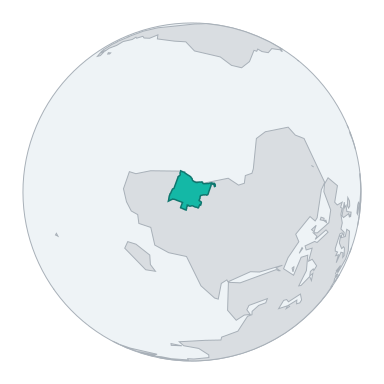 Angola on an orthographic globe, rotated 110°
{"feature_id": "AGO", "entity_name": "Angola", "entity_type": "country or territory", "adm_level": 0, "iso_a3": "AGO", "parent_name": "Africa", "parent_adm1": "", "projection": "orthographic", "projection_center": [17.424, -11.224], "detail": "fine", "context": "on_globe", "style": "filled", "palette": "teal", "viewbox_px": 384, "rotation_deg": 110, "n_neighbors": 0, "source": "natural_earth", "source_scale": "50m", "svg_char_len": 8764}
<svg xmlns="http://www.w3.org/2000/svg" viewBox="0 0 384 384"><g transform="rotate(110 192 192)"><circle cx="192" cy="192" r="169" fill="#eef3f6" stroke="#a8b0b8"/><path d="M96.1,52.9L95.3,53.5L92.8,55.3L88.9,58.1L96.1,52.9ZM78.9,66.4L77.4,67.9L76.0,69.2L78.9,66.4ZM26.7,157.2L27.0,155.6L26.4,159.2L28.9,155.2L28.2,157.6L30.0,166.1L35.0,168.0L36.1,174.3L35.2,179.1L37.6,179.3L37.7,182.2L49.8,182.6L58.3,187.9L59.5,198.2L55.4,211.6L58.6,237.9L53.0,249.2L56.2,259.9L60.0,276.9L56.0,277.8L62.0,284.4L63.7,289.7L62.5,291.4L66.4,296.6L65.7,297.6L69.1,300.3L74.2,308.2L80.0,312.9L85.3,319.1L89.1,321.7L88.8,322.0L90.1,323.6L92.3,325.3L88.7,323.9L80.6,317.6L76.7,313.7L76.2,313.7L67.2,303.8L68.9,306.2L57.4,292.6L49.4,280.3L33.1,246.7L30.8,240.8L28.9,236.3L26.0,223.3L24.0,210.1L23.1,196.9L23.3,183.6L24.4,170.3L26.7,157.2ZM96.9,327.3L90.0,324.8L92.9,325.7L89.7,322.3L95.2,324.8L96.9,327.3ZM89.7,318.3L89.1,316.0L90.4,316.6L91.2,318.4L89.7,318.3ZM236.7,29.1L243.7,31.2L246.8,32.4L247.9,32.8L246.0,31.9L239.4,29.8L250.7,33.6L261.7,38.1L272.4,43.4L282.7,49.4L292.5,56.1L301.8,63.6L310.5,71.6L318.7,80.2L326.3,89.4L333.1,99.1L339.3,109.3L344.8,119.9L349.5,130.8L353.4,142.0L356.5,153.5L358.8,165.2L358.9,165.9L358.3,162.1L355.0,149.5L357.1,160.8L359.7,173.5L360.7,186.4L359.8,180.6L358.5,169.2L357.3,164.4L355.7,154.3L351.1,138.1L350.1,139.0L348.3,133.1L341.8,119.5L339.3,120.6L336.7,132.2L339.3,147.2L337.1,152.8L326.8,128.7L321.2,114.2L318.2,114.5L307.1,101.3L289.8,97.3L286.8,93.7L283.6,94.7L275.7,90.5L270.9,84.8L266.4,84.7L279.1,99.7L283.9,100.2L287.1,95.4L289.8,100.8L297.4,106.6L291.0,118.1L264.4,126.9L260.9,115.7L236.1,86.3L236.4,83.4L236.2,83.1L235.9,82.5L234.5,87.2L229.9,82.0L244.1,101.2L246.9,109.8L264.1,127.5L262.7,129.2L267.9,133.2L283.7,130.7L283.9,134.5L277.1,151.5L254.5,175.1L257.0,193.2L254.6,208.8L239.4,218.6L239.7,231.2L231.8,235.3L230.6,242.6L223.6,250.2L212.4,257.5L194.3,257.8L194.0,251.0L186.2,238.2L175.7,208.2L181.1,194.5L179.8,184.2L166.7,162.7L169.6,150.6L165.9,145.8L158.3,147.5L153.9,142.1L149.3,142.3L119.7,149.8L110.3,143.7L98.2,123.8L103.2,114.4L103.4,105.0L137.6,70.6L145.7,71.2L173.5,65.6L177.1,66.4L174.7,72.7L196.2,80.1L202.2,74.6L220.9,79.3L232.8,79.7L235.5,68.1L216.0,67.1L211.8,61.6L226.8,57.6L243.7,59.6L242.6,57.6L231.2,52.5L234.4,49.5L227.2,50.6L230.6,52.6L226.2,53.6L222.8,51.8L224.1,50.7L218.8,49.6L214.1,56.0L217.1,58.8L203.7,59.9L207.4,64.9L204.0,67.3L196.5,59.8L196.7,57.2L183.2,50.4L181.8,53.1L194.4,60.0L190.8,59.5L188.9,64.1L187.5,60.2L174.1,52.9L161.5,55.5L146.6,68.2L139.0,70.2L132.1,69.0L136.3,57.5L152.8,54.4L154.5,51.1L150.2,47.4L155.6,47.1L155.8,45.4L162.0,44.5L169.7,40.2L175.8,39.4L177.8,35.2L181.2,34.4L179.0,37.0L180.8,38.7L195.8,38.1L198.5,37.2L198.6,34.7L202.7,35.2L200.9,32.9L209.1,32.3L197.6,31.4L197.5,29.3L201.9,28.0L199.8,27.3L192.6,29.6L191.6,30.8L194.0,32.0L189.5,36.1L184.5,37.0L181.4,32.7L174.1,33.8L174.9,30.6L193.8,25.1L202.2,24.7L218.0,27.4L216.6,28.1L210.2,27.3L217.0,29.6L216.0,28.6L219.4,29.3L220.1,28.1L222.6,28.6L219.1,26.9L222.2,27.4L224.4,28.4L228.1,27.9L234.3,29.1L233.9,28.8L231.8,28.1L241.1,30.5L240.4,30.3L237.1,29.3L233.6,28.3L232.0,27.8L236.7,29.1ZM126.9,86.2L126.2,88.9L126.9,86.2ZM262.5,68.8L272.0,70.7L266.2,63.3L269.4,63.6L266.2,61.2L265.7,62.8L257.7,56.5L261.3,55.5L259.3,52.8L256.0,52.1L250.8,55.2L262.2,63.8L260.7,66.3L262.5,68.8ZM29.0,155.0L29.1,156.4L28.5,157.0L29.0,155.0ZM32.5,136.4L32.0,138.0L32.5,136.4ZM32.3,136.7L32.3,136.8L32.1,137.4L32.3,136.7ZM86.0,60.8L82.7,63.9L84.2,62.4L81.7,64.4L81.7,64.0L91.6,56.2L87.1,59.6L86.0,60.8ZM151.2,39.0L153.6,39.4L151.7,41.3L143.9,43.7L146.6,40.9L151.2,39.0ZM157.4,39.8L156.5,35.6L161.3,34.4L158.8,35.7L162.0,35.4L158.8,37.4L164.2,40.9L162.9,42.9L149.4,45.4L154.5,43.3L151.9,42.7L157.4,39.8ZM145.9,31.5L145.5,30.9L156.3,28.9L155.4,29.8L147.6,31.8L144.1,32.1L145.9,31.5ZM167.2,24.9L165.3,25.2L164.6,25.3L160.2,26.1L159.0,26.5L157.5,26.7L156.7,27.2L155.3,27.2L152.4,28.0L155.3,27.5L133.0,33.9L124.7,37.3L118.5,40.3L117.0,40.7L119.9,39.2L131.3,34.3L143.0,30.3L155.0,27.1L167.2,24.9ZM180.8,63.9L183.5,64.0L187.6,63.6L186.5,66.8L180.8,63.9ZM171.5,58.9L173.8,58.3L174.3,62.0L171.5,62.1L171.5,58.9ZM174.7,55.1L173.9,58.0L172.7,56.5L174.7,55.1ZM181.2,36.6L183.7,36.2L184.1,36.7L182.9,37.7L181.2,36.6ZM194.1,23.1L191.8,23.1L189.6,23.1L190.3,23.1L189.3,23.1L194.1,23.1ZM232.5,69.8L229.3,71.9L227.4,70.7L228.9,70.2L232.5,69.8ZM207.0,68.7L213.0,70.3L206.6,69.6L207.0,68.7ZM195.2,23.1L194.0,23.1L196.5,23.1L195.2,23.1ZM279.4,302.8L279.1,305.6L277.2,305.3L279.4,302.8ZM280.9,208.9L267.8,236.0L260.6,235.4L260.2,226.8L265.7,210.1L274.4,206.3L279.0,199.2L280.9,208.9ZM359.3,215.5L359.4,214.9L359.6,210.6L360.0,208.2L359.9,210.7L359.3,215.5ZM360.0,208.0L359.8,196.6L356.4,169.3L357.7,171.2L360.6,189.6L360.5,191.8L360.7,200.1L360.0,208.0ZM340.0,148.9L343.2,159.1L341.6,159.9L340.0,148.9ZM222.3,25.8L222.0,25.7L223.5,26.2L227.9,27.3L221.2,26.0L218.9,25.2L219.8,25.3L222.3,25.8ZM330.4,288.9L330.5,288.7L330.8,288.3L330.4,288.9Z" fill="#d9dde1" stroke="#a8b0b8" stroke-width="1"/><path d="M210.9,191.2L211.0,191.6L211.0,192.1L211.0,192.5L211.0,192.8L211.0,193.1L210.9,193.3L210.9,193.7L210.9,194.1L210.8,194.5L210.8,194.8L210.9,195.5L210.7,196.1L210.6,196.4L210.5,196.7L210.5,196.8L210.8,197.3L210.7,197.4L210.4,197.4L209.8,197.4L209.0,197.4L208.1,197.4L207.3,197.4L206.5,197.4L205.7,197.4L205.1,197.3L205.1,197.8L205.0,198.7L205.0,199.7L205.0,200.6L205.0,201.6L205.0,202.5L205.0,203.5L204.9,204.4L204.9,205.4L204.9,206.0L205.1,206.9L205.3,207.9L205.5,208.0L205.8,208.2L206.2,208.6L206.4,208.9L206.9,209.4L207.6,210.0L208.2,210.6L208.7,211.1L207.8,211.2L206.6,211.4L205.7,211.6L204.7,211.8L204.0,211.9L203.2,212.0L202.8,211.9L202.3,211.9L201.8,212.0L201.3,212.0L201.0,212.0L200.6,211.8L200.3,211.6L199.8,211.6L199.0,211.6L198.2,211.6L197.5,211.4L197.0,211.4L196.6,211.4L196.3,211.4L195.9,211.3L195.6,211.1L195.3,210.7L195.0,210.3L194.9,210.3L194.8,210.2L194.7,210.2L193.9,210.2L193.2,210.2L192.7,210.2L191.6,210.2L190.6,210.2L189.5,210.2L188.4,210.2L187.3,210.2L186.3,210.2L185.2,210.2L184.1,210.2L183.5,210.2L183.0,210.2L182.4,210.3L182.3,210.2L182.2,210.2L181.8,209.9L181.5,209.8L181.1,209.5L180.9,209.2L180.7,209.1L180.3,209.1L180.0,209.0L179.8,209.0L179.4,209.1L179.1,209.3L178.9,209.4L178.6,209.6L178.3,209.7L177.8,209.7L177.6,209.8L177.3,209.7L177.1,209.6L176.8,209.6L176.5,209.8L176.0,209.9L176.1,208.8L176.2,208.3L176.2,207.7L176.1,206.2L175.9,205.7L176.2,205.5L176.3,205.4L176.5,205.1L176.7,204.8L176.8,204.0L177.3,202.2L177.6,200.4L177.9,199.6L178.0,198.6L179.0,197.4L179.2,196.7L179.7,196.3L180.5,195.9L181.0,195.2L181.2,194.7L181.5,193.8L181.5,192.8L181.7,191.6L181.6,191.2L181.3,190.7L181.3,190.3L181.0,190.0L180.7,189.7L180.6,189.2L180.1,188.5L180.0,188.0L179.8,187.6L179.7,187.2L179.6,186.7L179.4,186.2L179.1,185.7L179.3,185.3L179.4,185.2L179.3,185.3L179.3,185.5L180.2,184.6L180.2,184.4L180.2,184.2L180.2,183.7L179.4,181.9L178.7,180.3L178.5,179.5L177.7,178.5L177.3,177.8L177.1,177.3L176.9,177.1L177.0,177.0L177.7,176.9L178.4,176.7L179.1,176.4L179.6,176.3L179.9,176.4L180.0,176.3L180.9,176.3L181.3,176.3L181.9,176.3L182.3,176.3L182.5,176.3L183.1,176.3L183.9,176.3L184.2,176.3L185.2,176.3L186.1,176.3L187.0,176.2L188.0,176.2L188.7,176.2L189.1,176.3L189.4,176.5L189.5,176.7L189.6,176.8L189.7,177.0L189.9,177.1L189.9,177.3L189.9,177.6L189.9,178.0L190.0,178.4L190.2,178.9L190.5,179.4L190.7,179.7L190.6,180.0L190.7,180.3L190.9,180.6L191.1,180.8L191.5,181.4L192.0,182.1L192.3,182.7L192.5,182.8L193.0,182.7L193.4,182.7L193.7,182.8L193.8,182.8L194.2,182.6L194.7,182.5L195.1,182.4L195.3,182.3L195.6,182.3L196.3,182.5L197.0,182.5L197.6,182.4L197.7,181.7L197.8,181.2L198.0,181.0L198.0,180.7L198.0,180.4L198.2,180.0L198.5,179.7L199.2,179.5L199.5,179.5L200.1,179.4L200.9,179.4L201.3,179.4L201.1,180.0L201.2,180.3L201.3,180.4L202.2,180.4L203.0,180.5L203.9,180.5L204.6,180.5L204.8,180.6L204.9,180.9L204.9,181.4L204.7,182.2L204.8,182.9L205.0,183.6L205.0,184.6L204.9,185.3L204.8,186.0L204.8,186.9L204.9,187.3L205.1,187.7L205.5,188.1L205.8,188.6L206.1,189.3L206.1,189.7L206.1,189.8L206.1,190.1L206.1,190.5L206.1,190.8L205.8,190.9L205.7,191.1L205.9,191.5L205.9,191.8L206.0,191.9L206.0,192.0L206.4,191.9L206.6,191.7L206.8,191.6L207.2,191.6L207.6,191.7L208.3,191.8L208.6,191.7L209.3,191.4L209.5,191.4L209.7,191.5L210.1,191.6L210.5,191.6L210.7,191.4L210.8,191.2L210.9,191.2ZM179.2,172.7L179.2,172.8L178.9,172.9L178.5,173.0L178.1,173.5L177.8,173.7L177.8,173.8L177.6,173.9L177.4,174.0L177.5,174.1L177.6,175.0L177.6,175.8L177.2,175.9L176.9,176.0L176.7,176.0L176.6,175.7L176.6,175.4L176.7,175.2L176.6,174.8L176.4,174.4L176.2,173.9L176.3,173.7L176.6,173.3L176.7,173.2L177.0,173.1L177.2,172.8L177.2,172.7L177.5,172.6L178.0,172.4L178.2,172.2L178.4,172.1L178.6,172.1L178.9,172.5L179.1,172.7L179.2,172.7Z" fill="#14b8a6" stroke="#0f766e" stroke-width="1.5"/></g></svg>